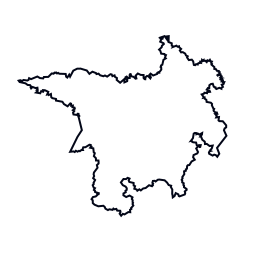 the district of Lombardia, Bergamo, Italy, rotated 172°
{"feature_id": "23120603B71310509030930", "entity_name": "Lombardia", "entity_type": "district", "adm_level": 2, "iso_a3": "ITA", "parent_name": "Italy", "parent_adm1": "Bergamo", "projection": "natural_earth1", "projection_center": [9.792, 45.657], "detail": "fine", "context": "isolated", "style": "outline", "palette": "ink", "viewbox_px": 256, "rotation_deg": 172, "n_neighbors": 0, "source": "geoboundaries", "source_scale": "gbopen_adm2", "svg_char_len": 5754}
<svg xmlns="http://www.w3.org/2000/svg" viewBox="0 0 256 256"><g transform="rotate(172 128 128)"><path d="M74.9,213.3L77.9,213.3L77.1,211.9L77.3,210.7L79.0,213.9L83.6,213.0L82.4,211.6L84.1,209.0L81.0,207.0L80.8,206.2L83.0,204.7L83.4,203.3L86.3,201.3L85.2,199.8L84.8,197.0L81.6,196.2L81.4,195.3L80.3,194.9L81.6,192.6L80.9,191.7L83.4,190.6L85.2,185.9L86.5,185.4L87.2,183.9L86.7,183.6L86.9,181.2L88.9,179.2L89.8,179.1L89.6,178.4L91.3,178.5L91.6,177.5L95.8,176.5L98.1,178.7L99.4,177.6L98.3,175.0L99.0,174.0L100.7,176.4L101.9,176.9L103.6,175.9L104.1,173.9L104.8,174.1L105.6,175.4L105.2,178.3L108.0,178.8L110.7,180.6L113.1,178.8L112.8,175.9L113.7,175.8L115.2,177.8L117.6,178.8L117.8,180.9L118.3,181.1L119.0,180.3L119.3,177.3L120.9,177.4L122.2,179.1L123.4,178.6L123.6,177.3L122.0,175.7L122.3,174.5L125.2,173.7L124.9,176.9L129.5,173.9L132.5,177.2L132.0,179.0L133.8,180.5L134.0,182.0L136.2,181.5L136.7,183.3L137.9,183.7L141.5,181.8L143.5,183.2L145.2,182.7L148.3,184.1L149.6,185.9L151.7,185.8L152.0,186.8L155.4,188.7L158.7,187.0L160.8,190.7L166.7,193.4L170.1,193.8L174.2,192.4L178.2,186.9L178.8,189.0L181.1,186.4L182.1,187.4L182.2,190.2L188.5,191.3L189.5,192.3L190.7,191.9L191.5,193.0L192.9,192.6L192.4,193.4L194.2,192.3L196.0,192.6L199.8,189.7L204.2,190.2L205.1,188.9L208.2,189.7L210.6,191.6L217.2,189.9L219.0,191.1L219.8,189.5L221.0,189.0L224.8,190.1L226.3,189.3L228.0,190.3L229.7,190.1L228.9,188.6L223.3,186.5L221.4,184.6L219.0,184.1L218.3,182.8L218.8,181.8L218.4,180.7L216.7,181.9L214.0,180.4L212.1,180.5L212.1,179.1L213.0,178.3L212.2,177.9L212.3,177.1L214.1,175.9L210.1,174.6L208.8,176.6L207.0,175.7L206.5,176.4L206.7,177.3L205.1,177.0L201.9,174.9L203.4,172.4L202.2,172.5L201.9,171.7L199.6,172.4L199.7,169.2L198.8,168.1L195.3,166.8L195.5,165.2L189.3,163.1L188.1,160.6L184.8,157.9L181.7,160.4L181.0,160.0L181.2,157.9L179.5,157.9L180.1,156.3L178.1,155.6L178.0,154.5L180.1,153.3L178.9,152.2L180.3,150.8L180.1,149.0L176.6,148.0L175.9,149.1L175.1,148.9L175.5,146.9L173.8,147.1L175.4,146.2L174.0,132.3L179.3,126.2L188.6,112.5L185.2,112.4L184.1,111.6L182.8,112.7L181.3,111.6L179.7,112.2L178.9,111.7L177.2,112.7L175.7,112.5L175.9,113.4L175.0,115.1L172.8,114.9L168.5,116.8L167.3,116.4L167.5,115.2L166.9,114.8L168.1,113.7L165.2,112.7L165.3,108.7L164.4,107.7L165.7,104.9L164.0,102.6L164.2,100.3L161.8,99.9L161.8,98.7L162.1,96.9L164.0,95.6L163.7,92.9L167.9,88.7L168.5,86.9L168.2,85.1L169.5,83.2L167.8,81.1L169.8,78.4L169.7,77.3L170.9,76.3L170.2,73.6L169.1,73.0L170.4,71.4L169.4,70.3L169.5,69.2L166.0,67.5L166.3,66.6L167.7,66.7L167.7,65.9L169.5,64.7L172.3,64.5L174.0,62.6L173.0,61.3L173.3,58.5L171.8,56.7L168.3,54.6L163.2,54.4L162.0,53.0L161.6,51.3L159.3,49.5L157.8,50.1L154.7,49.1L153.7,50.2L152.9,49.4L150.8,49.5L150.2,47.7L147.2,47.1L147.1,45.9L148.2,44.3L147.0,42.1L145.1,43.7L143.5,42.9L139.4,44.7L137.5,44.3L137.4,46.7L135.9,47.4L136.1,48.3L133.5,50.5L134.1,52.1L133.4,53.2L133.8,54.0L133.4,55.8L134.1,57.2L133.2,58.7L135.9,60.9L139.4,59.9L141.9,62.0L141.6,63.8L139.2,64.7L139.3,66.1L137.9,66.9L137.6,68.5L138.5,70.3L141.1,72.1L142.6,75.1L139.6,78.1L137.0,77.7L135.3,78.7L133.5,77.7L134.6,76.0L134.2,74.4L130.1,72.8L130.4,70.3L129.1,69.4L130.2,67.0L128.0,65.9L127.5,64.6L125.3,65.7L124.0,64.4L121.4,66.0L118.9,66.1L115.1,68.4L112.3,67.0L111.3,67.9L111.6,68.5L110.9,69.4L111.5,70.3L110.7,72.1L108.9,72.0L108.1,71.2L105.7,72.6L104.2,72.6L99.0,71.1L96.9,68.5L95.7,65.9L93.3,64.8L93.8,63.7L92.7,60.9L93.4,56.6L93.3,55.7L92.5,55.4L93.2,55.3L93.3,53.1L91.4,54.1L89.8,56.9L87.4,55.3L87.2,53.6L86.5,53.1L81.0,54.3L80.4,55.5L80.6,57.3L78.5,58.6L78.5,59.5L80.8,61.6L80.5,63.2L81.1,63.9L80.5,65.5L81.9,66.6L81.6,68.4L82.1,69.2L80.9,70.7L81.1,71.8L78.7,74.4L78.5,77.3L76.7,77.6L76.5,79.0L75.3,79.5L74.8,82.0L74.0,82.8L72.4,82.8L69.7,86.0L66.3,87.3L67.6,90.0L66.8,92.1L62.9,93.2L62.0,94.5L63.3,98.3L60.6,100.4L62.3,101.3L62.6,104.1L65.5,104.8L66.6,105.6L66.6,106.6L67.5,106.5L65.1,108.9L63.7,113.3L62.5,113.8L60.8,113.4L61.1,112.3L59.1,112.5L58.3,111.5L55.3,112.7L55.7,111.2L57.6,109.4L56.8,109.2L56.1,106.1L53.9,103.8L54.0,101.4L52.2,101.3L49.7,98.8L46.6,98.8L48.0,95.9L49.4,94.9L50.0,94.0L49.5,93.7L50.6,93.5L51.3,92.4L51.2,91.2L48.0,88.9L46.4,89.6L44.8,88.9L43.6,87.1L41.2,89.8L42.6,95.9L31.6,106.6L33.3,112.4L32.4,114.1L30.7,115.0L30.4,117.0L33.2,121.5L36.6,122.1L37.3,122.9L36.4,126.2L39.2,126.2L38.4,127.5L39.7,129.7L37.6,129.6L37.9,131.0L39.2,131.1L40.7,132.9L40.8,133.9L40.0,134.9L40.8,135.6L41.8,138.9L41.4,140.1L42.4,141.5L46.5,142.9L46.5,145.0L48.0,146.4L47.9,147.6L49.1,147.5L48.7,148.0L50.3,151.0L48.1,151.4L47.4,152.3L44.9,151.5L44.6,152.6L41.7,152.4L41.8,153.1L44.7,155.0L43.3,156.5L42.0,156.1L41.5,159.0L39.7,160.0L37.9,160.0L37.3,156.9L35.6,156.0L35.8,155.0L35.0,154.3L32.0,155.1L30.1,153.9L30.0,154.7L28.3,155.5L29.1,157.8L27.4,158.1L26.3,160.0L27.6,160.1L27.4,161.5L28.9,161.2L28.7,163.0L29.5,163.3L28.9,163.9L28.0,163.3L28.2,164.0L30.3,164.4L28.5,164.6L29.5,165.1L28.1,166.2L29.8,167.7L28.1,168.2L29.7,168.5L31.8,167.4L32.1,167.9L30.1,168.9L29.4,170.5L30.4,171.0L30.2,171.8L32.0,172.3L32.8,174.1L34.3,174.5L34.0,176.3L36.5,179.1L35.9,179.8L36.6,180.9L35.7,182.1L36.9,182.6L37.4,184.1L38.5,183.1L39.7,183.9L40.9,182.3L42.1,183.8L43.7,183.9L43.6,184.9L44.7,184.5L45.2,185.1L45.6,183.6L47.2,183.7L46.9,182.5L48.1,183.0L47.6,182.4L48.8,182.4L48.8,181.5L49.1,182.1L50.1,181.9L50.2,181.2L51.8,181.7L53.3,180.4L52.8,180.9L54.0,181.3L54.2,185.0L55.3,186.8L58.3,186.8L59.7,189.6L58.9,190.7L60.5,191.8L61.0,193.7L63.2,195.5L64.9,195.5L65.9,197.6L64.4,198.9L66.1,200.8L66.1,201.8L67.6,201.6L68.6,202.8L72.2,202.0L71.8,202.5L73.2,203.5L72.9,205.8L75.9,207.5L74.9,213.3ZM81.2,212.0L81.4,211.6L82.0,211.8L81.2,212.0ZM59.5,99.2L59.1,99.2L58.4,100.9L59.7,101.1L59.5,99.2ZM40.5,184.4L40.7,184.0L40.6,183.5L40.5,184.4Z" fill="none" stroke="#020617" stroke-width="2"/></g></svg>